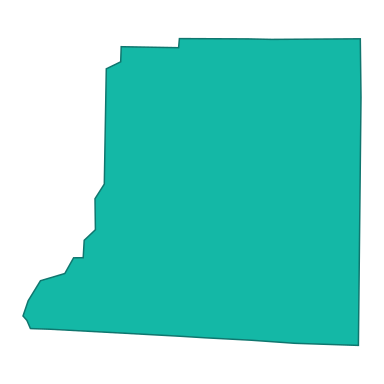 the district of Decatur, Georgia, United States of America
{"feature_id": "52423323B73642037306772", "entity_name": "Decatur", "entity_type": "district", "adm_level": 2, "iso_a3": "USA", "parent_name": "United States of America", "parent_adm1": "Georgia", "projection": "albers", "projection_center": [-84.677, 30.885], "detail": "fine", "context": "isolated", "style": "filled", "palette": "teal", "viewbox_px": 384, "rotation_deg": 0, "n_neighbors": 0, "source": "geoboundaries", "source_scale": "gbopen_adm2", "svg_char_len": 469}
<svg xmlns="http://www.w3.org/2000/svg" viewBox="0 0 384 384"><path d="M360.3,38.8L271.6,39.4L248.3,38.9L179.4,38.6L178.6,47.7L121.2,46.7L120.7,61.8L106.3,68.8L104.3,184.1L95.0,198.7L95.4,229.7L84.2,240.3L83.2,257.7L73.6,257.8L64.8,273.5L40.5,280.7L28.2,300.7L23.0,316.0L26.9,320.4L30.4,328.5L31.2,328.6L49.5,329.2L179.3,336.2L205.3,337.8L250.8,340.2L253.7,340.4L294.8,343.3L358.4,345.4L361.0,97.5L360.3,38.8Z" fill="#14b8a6" stroke="#0f766e" stroke-width="1.5"/></svg>